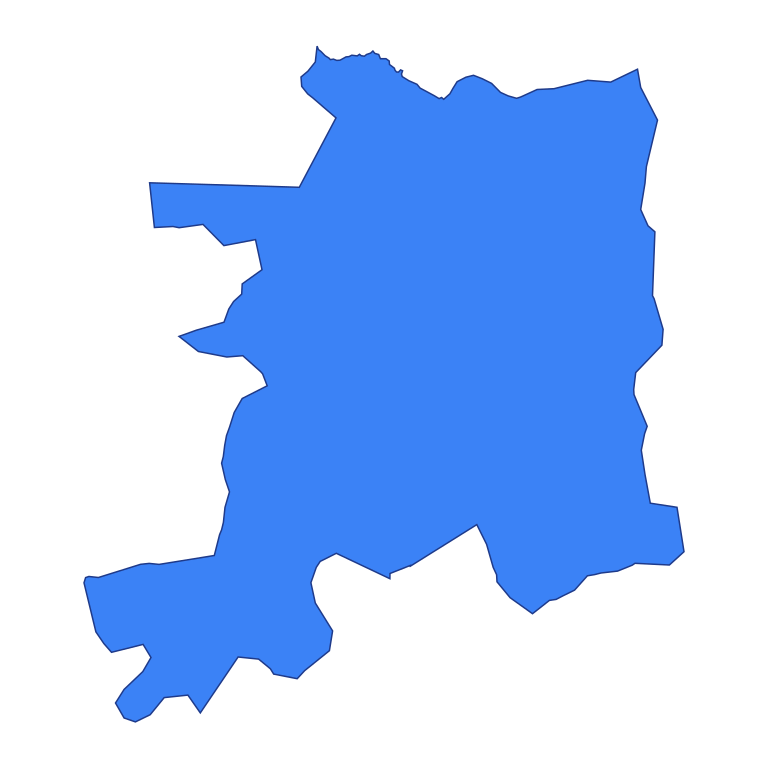 Kanke, Plateau, Nigeria (orthographic projection)
{"feature_id": "59680162B46182656305392", "entity_name": "Kanke", "entity_type": "district", "adm_level": 2, "iso_a3": "NGA", "parent_name": "Nigeria", "parent_adm1": "Plateau", "projection": "orthographic", "projection_center": [9.61, 9.363], "detail": "fine", "context": "isolated", "style": "filled", "palette": "blue", "viewbox_px": 768, "rotation_deg": 0, "n_neighbors": 0, "source": "geoboundaries", "source_scale": "gbopen_adm2", "svg_char_len": 2267}
<svg xmlns="http://www.w3.org/2000/svg" viewBox="0 0 768 768"><path d="M149.6,182.8L154.4,227.5L173.0,226.5L179.1,227.7L203.0,224.4L223.9,245.6L255.5,239.6L262.0,269.7L242.2,283.9L241.7,294.1L233.6,301.5L228.8,309.0L224.0,322.2L196.3,330.2L179.0,336.4L198.4,351.5L226.8,357.0L242.8,355.7L260.6,371.6L262.6,373.8L267.2,385.8L242.2,398.5L234.2,412.5L229.5,427.3L226.5,435.6L224.7,445.4L223.3,456.6L221.6,463.2L225.3,479.5L229.5,491.9L225.0,507.3L223.4,522.4L221.6,529.8L219.6,534.6L214.3,555.5L159.1,564.4L149.2,563.4L140.6,564.3L98.4,577.5L89.1,576.5L88.8,576.5L85.6,577.6L84.0,582.8L95.9,631.9L103.9,643.6L111.5,652.3L143.1,644.4L151.0,657.5L142.8,671.6L124.1,689.4L115.5,703.0L124.1,718.0L135.4,721.9L150.2,714.7L164.2,697.6L187.9,695.1L200.3,712.9L238.1,657.0L258.6,659.1L270.4,668.8L273.7,674.1L297.2,678.7L304.7,670.6L329.4,650.7L332.6,630.9L315.3,603.0L310.9,582.7L316.3,567.3L320.2,561.4L336.3,553.3L389.9,578.7L390.0,573.5L411.4,565.0L409.5,566.7L476.8,524.6L486.6,544.3L493.2,567.4L496.6,574.7L497.0,581.8L510.1,597.7L532.5,613.7L549.4,600.4L556.1,599.4L563.2,595.7L574.6,590.1L587.4,575.8L594.6,574.6L601.0,573.0L617.6,571.1L632.2,565.2L635.0,563.3L669.4,565.0L684.0,551.7L677.0,507.3L650.3,503.2L645.0,474.5L641.3,450.2L644.6,433.7L647.2,426.3L634.0,394.6L633.7,389.5L635.7,372.6L661.9,345.2L663.1,329.3L654.1,298.7L652.5,295.7L654.9,231.8L648.0,225.8L640.7,209.5L645.0,183.1L646.4,166.6L657.5,120.1L640.7,87.5L637.5,69.2L610.7,82.1L608.4,81.9L587.6,80.3L554.0,88.7L537.1,89.5L522.9,96.0L520.4,97.1L516.6,98.3L508.2,95.9L500.5,92.4L491.6,83.4L482.2,78.7L473.5,75.3L465.9,77.2L457.1,81.7L453.0,88.3L449.9,93.8L443.7,99.3L441.6,97.5L439.1,98.6L434.1,95.6L426.3,91.4L420.1,88.1L417.0,84.3L408.8,80.7L402.2,76.6L401.5,74.0L402.6,70.8L400.6,69.9L398.5,72.1L396.5,72.0L395.0,70.2L394.4,68.2L389.5,64.5L389.2,61.0L386.0,58.7L380.4,58.7L378.7,54.5L374.8,53.4L372.9,51.0L370.6,53.1L366.5,54.5L364.4,56.2L361.2,55.7L359.5,54.3L357.2,55.9L351.8,55.2L349.0,56.6L346.0,56.9L340.0,60.2L336.7,60.4L333.4,59.1L333.0,59.2L330.3,59.6L329.1,58.2L325.1,55.7L321.2,51.7L318.4,49.5L317.1,46.1L315.3,62.0L307.9,71.2L301.0,77.0L301.7,86.4L307.7,93.9L312.7,97.8L323.8,107.4L336.0,117.9L299.3,187.3L261.1,186.1L149.6,182.8Z" fill="#3b82f6" stroke="#1e3a8a" stroke-width="1.5"/></svg>